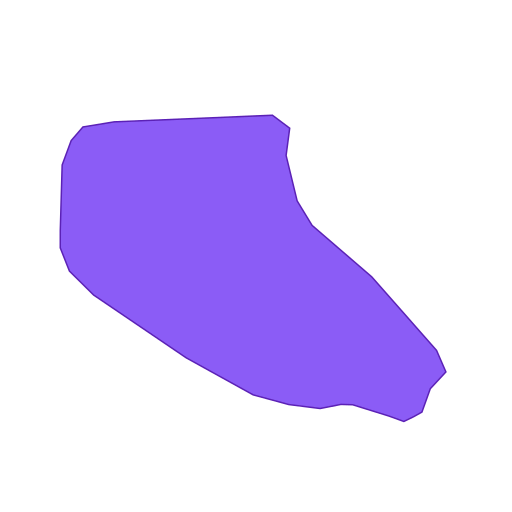 outline of Pollap, Federated States of Micronesia, rotated 279°
{"feature_id": "79324940B96259147967275", "entity_name": "Pollap", "entity_type": "district", "adm_level": 2, "iso_a3": "FSM", "parent_name": "Federated States of Micronesia", "parent_adm1": "", "projection": "natural_earth1", "projection_center": [149.429, 7.637], "detail": "fine", "context": "isolated", "style": "filled", "palette": "violet", "viewbox_px": 512, "rotation_deg": 279, "n_neighbors": 0, "source": "geoboundaries", "source_scale": "gbopen_adm2", "svg_char_len": 499}
<svg xmlns="http://www.w3.org/2000/svg" viewBox="0 0 512 512"><g transform="rotate(279 256 256)"><path d="M341.1,55.4L315.6,50.3L250.6,58.7L233.4,61.4L211.9,74.1L192.0,101.8L144.5,203.0L118.4,274.9L114.4,311.6L115.4,343.2L122.7,363.1L124.2,374.7L118.7,412.4L115.7,427.9L121.9,436.8L127.8,444.3L152.2,448.9L171.2,461.7L191.0,449.1L253.5,373.6L295.0,306.6L316.9,288.0L360.0,270.0L387.5,269.3L397.6,250.2L366.3,94.9L356.4,64.9L341.1,55.4Z" fill="#8b5cf6" stroke="#5b21b6" stroke-width="1.5"/></g></svg>